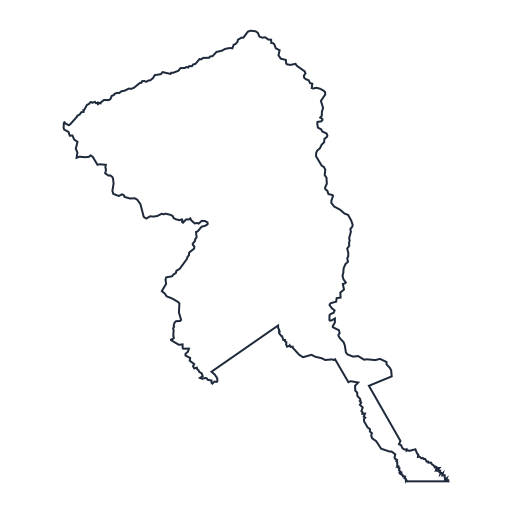 Mocoa, Putumayo, Colombia
{"feature_id": "7082276B56868740164332", "entity_name": "Mocoa", "entity_type": "district", "adm_level": 2, "iso_a3": "COL", "parent_name": "Colombia", "parent_adm1": "Putumayo", "projection": "albers", "projection_center": [-76.661, 1.168], "detail": "fine", "context": "isolated", "style": "outline", "palette": "slate", "viewbox_px": 512, "rotation_deg": 0, "n_neighbors": 0, "source": "geoboundaries", "source_scale": "gbopen_adm2", "svg_char_len": 5999}
<svg xmlns="http://www.w3.org/2000/svg" viewBox="0 0 512 512"><path d="M329.9,320.6L329.4,320.0L329.5,315.2L330.7,314.0L333.7,312.7L334.6,310.4L332.1,308.5L329.6,305.2L329.7,304.3L330.9,303.1L336.1,301.7L336.7,298.1L340.6,297.6L340.3,292.6L344.0,289.5L342.8,284.0L345.1,283.3L345.8,282.4L343.5,279.4L342.5,275.6L343.3,272.9L343.6,268.4L345.4,264.2L348.0,261.6L347.2,258.3L348.2,256.5L348.3,253.0L347.2,248.6L349.3,245.7L349.0,243.0L349.7,240.4L349.1,238.2L350.9,231.7L350.3,229.1L352.3,226.6L352.7,225.0L351.2,220.5L348.1,214.9L344.7,213.7L340.2,209.8L334.1,206.5L331.3,202.9L331.4,200.6L333.1,195.8L332.5,195.1L328.4,194.0L327.4,190.9L325.2,189.0L325.1,187.5L326.8,183.8L326.5,177.7L324.7,175.1L325.3,169.6L323.8,166.9L321.8,165.8L316.0,156.2L316.2,152.8L317.3,150.5L319.9,148.3L321.7,144.6L324.1,142.3L324.4,138.9L326.9,136.9L327.4,135.6L326.6,133.5L322.3,131.5L321.2,129.4L317.9,127.6L317.3,123.9L317.5,121.9L321.2,121.4L322.5,120.0L322.3,118.9L320.2,117.6L321.8,115.7L321.9,111.7L323.1,107.9L320.9,100.9L325.2,94.6L325.1,92.1L323.5,90.6L319.7,88.6L316.3,87.8L313.3,88.5L311.7,88.0L312.3,83.7L310.0,83.1L308.7,80.3L305.8,79.2L304.2,77.8L303.8,75.9L305.5,73.3L304.6,71.3L296.8,65.8L295.5,63.8L290.6,64.9L287.2,64.4L286.2,63.6L285.8,59.9L280.8,58.7L278.5,55.3L279.6,50.2L275.8,48.3L274.3,44.3L273.3,43.3L271.3,43.0L271.1,39.7L268.4,39.6L265.2,37.3L262.5,37.7L259.5,36.7L257.8,32.8L255.6,31.3L250.8,30.7L247.9,31.6L243.4,37.7L241.3,37.7L237.9,39.8L237.5,41.8L235.4,44.1L233.7,44.7L232.4,48.3L229.8,48.0L225.2,48.9L221.6,50.8L216.5,51.9L212.6,56.1L210.1,56.5L209.0,57.8L203.1,57.9L201.2,59.4L199.6,59.0L195.5,63.8L193.1,64.5L191.9,66.2L189.2,66.1L188.3,67.5L186.3,67.0L184.8,68.0L180.5,68.1L178.3,70.8L173.1,72.8L171.3,72.7L170.5,73.9L162.6,72.1L160.8,74.2L154.8,75.1L153.0,78.1L150.1,80.4L148.8,80.4L146.1,81.8L144.3,81.0L142.1,81.2L141.4,82.8L140.1,82.8L133.9,87.8L131.3,88.8L128.8,88.6L124.6,90.7L121.4,91.3L119.1,93.1L117.3,92.8L114.6,93.8L114.0,94.9L111.6,96.0L110.6,98.8L108.9,100.1L103.9,100.0L100.9,102.4L100.6,103.3L98.5,102.7L98.7,103.6L97.9,104.2L97.3,102.9L95.9,103.1L94.9,101.8L92.4,102.8L91.2,102.0L90.0,102.5L89.3,103.7L86.9,105.0L84.1,110.1L83.4,110.1L83.6,111.9L81.3,112.2L79.6,114.6L77.4,115.6L76.9,116.8L70.4,124.1L68.9,125.2L66.1,123.9L64.4,122.3L63.9,122.9L63.6,127.7L64.2,129.6L68.5,131.9L69.8,135.7L72.4,135.5L74.2,139.5L77.5,141.9L75.8,148.7L77.4,152.5L76.6,157.8L79.6,156.7L84.7,157.2L88.8,156.9L90.6,155.4L92.8,156.9L97.4,164.7L99.9,164.3L105.8,164.8L105.4,167.5L106.0,169.8L105.2,173.3L108.5,175.6L110.3,175.4L112.4,177.1L113.0,178.5L113.6,183.5L112.4,190.8L113.3,193.9L118.8,196.0L122.0,194.3L124.1,195.4L124.5,196.9L130.0,198.5L134.7,198.3L137.2,199.6L140.4,204.1L143.7,216.8L145.3,218.0L146.3,218.5L150.2,216.3L153.3,216.6L157.3,216.0L161.6,213.8L163.4,214.3L165.7,213.7L171.0,215.0L173.0,216.4L173.5,218.0L175.9,219.3L179.6,220.2L181.8,219.3L182.4,220.4L182.0,221.9L183.0,222.7L186.0,219.5L189.4,219.3L190.3,218.4L191.2,220.3L194.7,223.4L197.3,223.0L198.7,223.6L201.7,220.9L204.9,221.0L207.5,222.4L207.7,224.0L207.0,224.7L204.9,225.9L201.6,226.7L197.7,231.3L196.0,232.0L196.6,237.3L195.2,239.2L195.0,240.9L192.7,243.8L192.8,244.9L194.4,246.5L194.1,248.6L189.2,252.5L188.9,255.3L187.6,256.7L186.9,259.0L179.8,268.7L176.4,270.8L175.8,273.1L173.4,274.5L172.1,276.3L166.3,277.3L165.5,279.4L166.1,283.9L161.8,291.1L164.8,293.6L166.6,296.3L172.4,298.6L178.4,302.2L179.4,303.5L178.9,312.5L181.1,319.9L180.0,321.0L176.0,321.2L174.5,322.8L173.7,325.3L174.1,326.7L173.1,328.3L173.6,330.2L173.3,336.1L173.9,337.8L173.5,338.6L171.0,339.6L171.1,340.2L178.9,344.8L182.6,344.4L182.6,347.8L183.2,348.7L188.9,348.6L188.0,351.6L185.5,353.8L185.5,355.5L190.2,358.0L189.7,360.7L194.2,364.1L193.0,366.2L194.2,368.4L196.8,367.6L197.2,369.2L198.6,370.4L199.1,371.7L201.8,373.5L202.7,376.2L200.0,377.9L202.3,378.8L205.5,377.9L206.9,378.5L207.7,379.8L211.5,380.5L211.5,382.7L212.4,383.6L214.4,381.6L216.8,381.9L217.4,381.0L217.2,378.3L214.9,374.7L211.5,371.7L278.1,325.5L278.2,328.2L279.2,329.8L278.9,331.0L279.7,331.5L279.0,333.1L281.3,336.0L282.1,336.2L283.3,340.0L285.1,340.0L285.1,341.4L286.4,342.3L286.1,344.5L287.1,346.7L289.0,345.9L289.6,346.2L289.8,345.5L290.8,346.9L292.7,346.7L292.8,347.8L299.1,354.7L303.0,357.2L311.6,354.8L315.1,356.7L321.9,358.3L325.1,360.0L332.2,359.4L334.1,360.1L335.1,359.3L348.4,382.2L350.6,381.2L358.2,382.5L355.0,385.9L355.3,390.7L357.2,392.6L357.3,395.8L360.1,398.9L360.5,400.6L359.8,401.1L361.2,402.6L359.9,404.8L362.7,407.5L361.4,411.3L362.8,412.6L362.4,413.8L365.0,413.6L363.7,416.7L365.2,417.6L364.0,419.0L364.1,421.4L367.6,427.4L370.0,429.2L369.9,431.5L371.9,433.2L371.2,435.5L372.1,438.3L376.3,441.3L381.1,448.7L389.7,451.6L391.5,451.5L395.3,454.3L394.5,457.4L395.2,458.9L397.0,459.8L396.3,461.1L397.2,461.7L397.3,465.8L398.0,466.1L397.3,466.8L398.6,467.0L398.6,467.9L399.5,468.2L399.0,470.3L400.2,471.3L399.4,472.7L400.3,473.9L401.5,472.9L401.8,474.8L403.1,475.5L403.0,476.4L405.1,476.6L404.5,478.3L405.8,478.8L405.9,480.8L406.7,479.7L406.5,481.3L448.4,481.3L448.2,480.1L446.2,480.1L446.8,478.3L445.0,479.8L444.6,475.2L442.3,475.5L442.9,473.1L442.3,473.7L441.4,472.9L440.4,473.9L440.7,472.8L439.7,472.1L440.1,470.6L439.3,470.5L438.8,471.5L438.1,470.8L436.5,470.7L437.5,469.9L437.1,469.0L438.4,469.0L439.3,468.0L437.0,468.1L436.3,468.7L436.6,467.2L435.4,466.5L434.7,467.2L433.7,465.5L431.9,464.3L431.1,462.7L428.4,462.7L428.2,461.6L426.7,461.6L425.1,458.9L423.7,459.0L422.7,457.9L421.3,458.3L419.4,456.5L417.9,456.9L418.2,454.5L417.1,453.5L415.4,449.3L409.2,450.9L407.7,450.2L406.6,450.8L406.5,449.2L405.2,449.6L403.7,449.2L402.1,447.7L401.2,445.3L399.0,444.2L400.4,440.9L368.9,385.8L391.7,376.4L391.2,370.5L390.0,368.1L386.5,364.3L386.5,362.0L380.0,358.9L375.3,360.1L367.0,359.3L364.1,359.7L358.2,356.1L353.0,356.6L347.3,354.3L345.9,352.4L344.8,345.4L343.6,342.2L339.8,338.1L338.6,336.0L338.4,334.9L339.6,333.2L338.9,330.2L332.8,327.2L332.8,326.1L334.9,322.5L334.9,318.5L331.6,320.4L329.9,320.6Z" fill="none" stroke="#1e293b" stroke-width="2"/></svg>